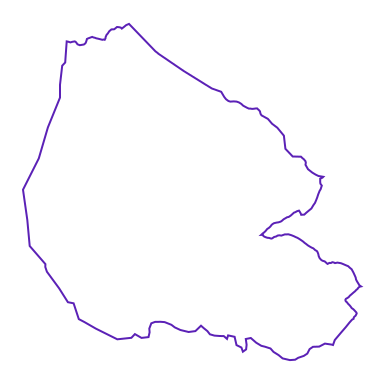 the district of Asunción Cacalotepec, Oaxaca, Mexico
{"feature_id": "50627088B57748910151999", "entity_name": "Asunción Cacalotepec", "entity_type": "district", "adm_level": 2, "iso_a3": "MEX", "parent_name": "Mexico", "parent_adm1": "Oaxaca", "projection": "orthographic", "projection_center": [-95.904, 17.039], "detail": "fine", "context": "isolated", "style": "outline", "palette": "violet", "viewbox_px": 384, "rotation_deg": 0, "n_neighbors": 0, "source": "geoboundaries", "source_scale": "gbopen_adm2", "svg_char_len": 3803}
<svg xmlns="http://www.w3.org/2000/svg" viewBox="0 0 384 384"><path d="M117.3,339.3L131.4,337.8L134.9,334.1L141.5,337.9L148.5,337.1L149.6,332.3L149.3,328.6L151.3,323.3L153.7,322.4L155.1,321.9L160.5,321.8L164.5,322.1L165.4,322.4L171.4,324.8L174.8,327.4L180.4,330.0L188.6,332.0L195.4,331.1L201.0,325.7L203.7,328.1L207.4,331.1L209.9,334.3L214.4,335.6L219.7,336.0L223.8,336.1L227.0,338.9L228.1,335.4L234.6,336.8L236.5,345.1L241.4,347.5L242.9,351.7L246.1,349.4L246.6,344.8L245.8,339.0L250.8,338.0L256.2,342.7L261.3,345.8L264.9,346.7L270.5,348.5L273.5,351.9L278.6,355.1L282.6,358.4L289.9,360.1L295.2,359.7L298.2,357.8L303.8,355.9L307.3,353.6L309.6,349.1L313.0,346.8L319.2,346.6L324.9,343.6L331.7,344.6L333.0,345.0L334.8,340.0L340.8,332.9L345.9,327.0L349.5,322.5L352.1,319.6L353.6,318.8L353.7,317.8L354.1,317.0L354.6,316.5L355.4,315.9L355.8,315.3L356.5,313.9L356.7,313.3L356.3,312.4L355.2,311.2L354.4,310.3L353.3,309.2L351.7,308.1L350.6,306.5L349.6,305.3L347.9,303.6L347.0,302.3L346.1,301.6L345.7,301.1L345.4,300.1L345.5,299.5L345.9,298.9L346.3,298.6L347.6,297.9L349.0,296.8L349.8,295.7L350.8,294.9L351.5,294.3L352.4,293.5L353.9,292.2L354.8,291.5L355.5,290.8L356.3,289.9L357.5,289.0L357.9,288.3L358.8,287.3L359.6,286.8L360.1,286.6L361.0,286.4L359.3,285.2L358.4,283.6L357.5,282.2L356.8,281.0L356.0,279.4L355.7,277.6L354.7,275.3L353.7,273.1L353.2,272.1L351.6,269.2L350.1,268.0L348.9,266.9L348.2,266.2L346.2,265.4L343.9,264.4L342.0,263.6L340.9,263.2L337.4,262.6L335.0,263.1L333.8,262.5L332.3,262.2L330.9,263.0L329.3,262.9L328.4,263.5L327.5,263.9L324.7,261.4L322.4,260.7L321.1,259.8L319.6,258.1L318.7,256.1L318.3,254.1L317.6,252.2L316.8,251.0L315.2,250.1L313.4,248.4L311.6,247.6L309.5,246.4L307.9,245.4L305.9,243.8L304.6,242.9L303.4,241.8L302.5,241.1L299.4,239.0L297.4,237.8L295.7,237.1L294.1,236.3L291.4,235.2L288.4,234.3L286.6,234.4L284.8,234.4L281.4,235.6L279.3,235.3L277.5,235.6L276.4,236.4L274.1,237.0L272.3,238.3L271.2,238.6L269.0,237.9L267.4,237.8L265.4,237.1L264.1,236.5L263.0,235.5L262.9,234.8L261.2,234.9L262.8,233.4L263.9,232.6L265.5,231.1L267.2,229.0L269.0,227.8L270.5,226.4L271.4,225.1L272.5,224.1L274.0,223.2L276.5,222.6L278.6,222.3L280.7,221.6L281.8,220.9L283.6,219.3L285.0,218.5L287.2,217.2L288.6,217.0L290.7,215.6L292.5,214.0L293.9,212.7L295.5,212.1L296.8,211.3L297.7,211.0L298.4,210.8L299.0,210.6L299.6,211.5L300.8,213.6L301.2,214.8L304.3,214.6L306.1,212.9L309.2,210.3L311.4,208.5L313.3,205.3L315.0,202.9L316.1,200.3L317.2,197.5L318.2,194.4L319.6,190.9L320.6,189.3L321.8,185.6L320.4,183.7L320.2,182.0L320.2,178.7L322.5,177.6L323.3,176.8L318.5,176.0L315.6,174.6L312.3,172.6L308.0,169.2L305.5,164.8L305.7,163.7L305.8,162.5L305.4,161.1L304.7,160.3L303.9,159.3L302.4,158.1L301.0,156.7L292.7,156.5L285.4,148.8L283.9,135.7L277.3,127.7L272.1,123.8L267.9,118.9L261.6,115.4L260.8,114.3L260.3,113.0L260.0,111.4L259.0,110.2L258.1,109.4L257.1,108.4L255.5,108.5L254.2,108.7L252.6,108.9L251.4,108.8L250.5,108.6L248.9,108.6L247.3,107.9L245.6,107.0L243.2,105.7L241.3,103.9L238.9,102.4L236.6,101.6L233.8,101.4L230.3,101.6L228.4,101.0L226.0,99.2L224.2,96.9L221.2,91.8L211.9,88.5L204.9,84.2L183.7,71.0L158.2,53.6L157.9,53.2L155.4,51.3L129.0,23.9L128.1,24.3L126.2,25.1L124.0,26.9L121.8,28.6L120.8,27.6L119.1,27.2L117.0,27.0L114.3,29.2L113.6,29.3L111.4,29.4L109.2,31.3L107.8,33.5L106.6,34.8L105.6,37.1L105.5,38.3L104.7,39.8L103.5,39.5L102.4,39.8L99.3,39.0L98.1,38.7L96.2,38.3L95.0,37.8L93.3,37.4L92.2,36.9L88.1,38.4L86.9,39.0L86.6,40.3L86.0,42.1L85.4,43.3L83.9,44.5L79.8,45.2L77.5,44.3L76.0,42.2L74.8,41.4L72.4,41.8L70.4,42.4L68.2,41.7L66.7,41.4L65.8,53.9L65.2,62.5L62.2,65.7L60.0,84.8L60.0,97.6L47.9,127.4L38.8,158.4L23.0,189.7L27.3,219.9L29.7,246.0L45.4,264.1L45.3,267.0L46.9,271.7L59.1,288.3L67.9,302.2L73.6,303.3L78.8,319.1L84.5,322.1L95.8,328.6L117.3,339.3Z" fill="none" stroke="#5b21b6" stroke-width="2"/></svg>